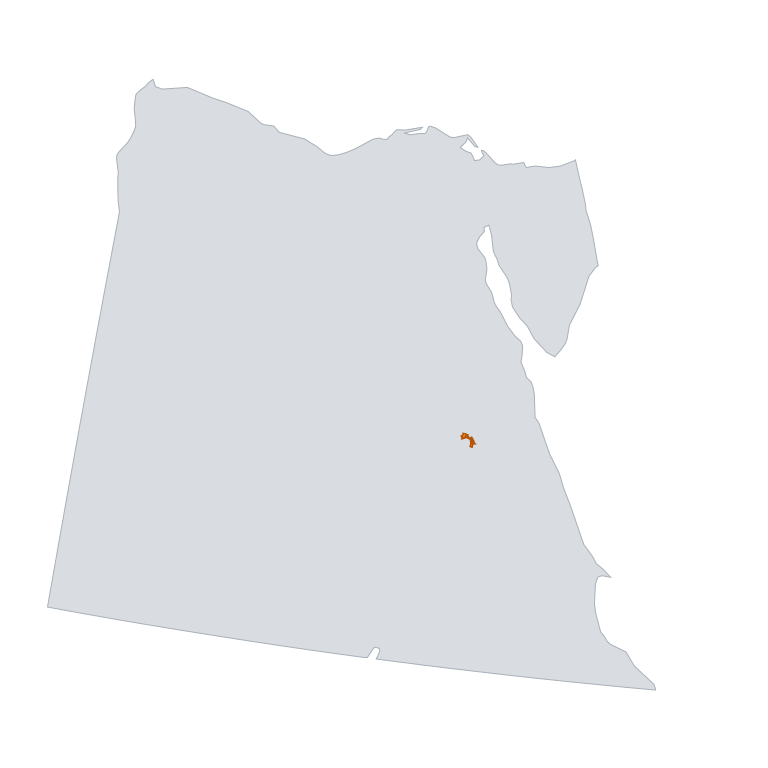 Qina, Qina, Egypt (highlighted), rotated 7°
{"feature_id": "37247803B17837872993253", "entity_name": "Qina", "entity_type": "district", "adm_level": 2, "iso_a3": "EGY", "parent_name": "Egypt", "parent_adm1": "Qina", "projection": "orthographic", "projection_center": [32.69, 26.097], "detail": "fine", "context": "in_parent", "style": "filled", "palette": "amber", "viewbox_px": 768, "rotation_deg": 7, "n_neighbors": 0, "source": "geoboundaries", "source_scale": "gbopen_adm2", "svg_char_len": 6721}
<svg xmlns="http://www.w3.org/2000/svg" viewBox="0 0 768 768"><g transform="rotate(7 384 384)"><path d="M690.8,654.7L673.9,655.2L656.9,655.7L640.0,656.1L623.0,656.5L606.1,656.9L589.1,657.2L572.2,657.5L555.2,657.7L538.3,657.9L521.3,658.0L504.3,658.1L487.4,658.2L470.4,658.2L453.4,658.2L436.5,658.1L419.5,658.0L409.8,657.9L411.5,653.0L412.5,649.5L411.4,647.0L408.1,646.4L406.0,647.1L400.8,657.5L398.2,657.8L392.1,657.8L372.4,657.5L352.6,657.2L332.9,656.8L313.2,656.3L293.4,655.8L273.7,655.2L254.0,654.6L234.3,653.9L214.6,653.2L195.0,652.4L175.3,651.6L155.7,650.7L136.0,649.7L116.4,648.7L96.8,647.6L77.2,646.4L77.8,634.0L78.5,621.5L79.1,609.0L79.8,596.5L80.4,584.0L81.1,571.5L81.8,559.0L82.4,546.5L83.1,534.0L83.8,521.6L84.5,509.1L85.2,496.6L85.9,484.0L86.6,471.5L87.3,459.0L88.1,446.5L88.8,434.0L89.5,421.5L90.3,409.0L91.0,396.5L91.8,384.0L92.5,371.5L93.3,359.0L94.1,346.5L94.8,334.0L95.6,321.5L96.4,309.0L97.2,296.5L98.0,284.0L98.8,271.6L99.6,259.1L100.4,246.6L100.2,244.2L98.0,235.6L96.3,224.7L94.6,211.3L94.6,206.9L91.1,193.0L91.0,189.2L92.3,186.5L100.3,175.4L102.8,170.0L105.1,163.4L106.1,158.0L104.5,149.6L102.6,141.9L102.3,134.2L102.5,126.7L106.5,121.8L111.2,117.3L113.1,114.4L115.9,111.2L117.8,109.8L120.9,116.7L128.2,118.3L152.7,113.6L178.9,121.0L193.5,124.0L216.0,130.1L229.4,139.8L233.1,141.2L243.1,141.4L249.4,147.0L275.4,150.5L289.1,156.9L296.9,161.9L301.6,163.5L305.8,163.4L311.5,161.8L318.8,158.6L326.7,154.1L343.1,142.5L348.9,140.5L352.6,141.1L357.1,141.0L359.1,137.8L361.5,135.7L363.1,133.1L365.6,130.1L374.0,129.4L390.8,124.5L388.9,126.9L373.5,132.5L380.0,133.4L386.8,131.5L394.4,130.3L395.8,127.8L396.9,123.2L398.4,122.5L403.7,123.5L419.3,130.8L423.2,131.0L434.3,127.2L436.7,126.3L440.2,128.5L448.3,137.5L445.5,137.3L436.8,129.6L436.0,133.4L430.9,140.1L437.2,143.1L442.2,144.2L444.9,147.9L446.6,151.3L451.6,149.9L455.3,145.3L453.4,142.8L452.2,140.2L453.8,140.1L457.3,142.3L467.2,150.9L470.6,152.7L474.5,152.4L482.6,150.0L484.8,150.3L495.7,147.1L497.0,149.5L498.8,151.8L507.6,149.2L521.4,149.1L532.6,146.2L545.6,139.2L546.6,138.2L547.3,139.9L548.9,144.5L553.1,156.3L556.7,165.6L561.1,178.4L562.6,183.3L563.2,186.7L569.6,200.8L573.5,212.4L576.4,221.8L580.5,235.5L582.2,240.3L579.6,242.9L574.3,252.0L569.0,280.6L560.9,303.0L560.2,317.0L558.9,322.1L555.0,329.2L550.2,336.2L541.6,332.7L527.4,320.7L519.2,309.1L510.4,301.7L502.1,291.8L499.8,284.7L499.8,280.1L496.2,269.0L493.5,263.7L483.5,251.9L480.6,245.5L478.5,242.7L476.3,238.8L472.7,223.3L468.7,213.6L464.2,216.3L465.0,220.4L461.1,226.1L458.7,232.7L460.5,238.1L468.7,246.3L470.3,249.9L472.2,257.7L471.9,268.2L473.2,271.8L479.4,279.7L481.6,284.4L482.9,288.4L484.9,292.0L491.1,298.9L499.9,311.9L508.3,320.6L514.4,324.8L517.0,329.1L517.6,340.1L517.2,345.3L522.6,355.1L524.6,360.1L529.8,364.1L532.2,368.7L534.5,376.3L538.0,398.6L542.6,404.0L556.9,433.2L569.0,451.6L574.9,465.4L583.9,482.1L601.8,518.9L612.3,530.1L616.6,536.5L624.1,541.2L632.4,548.2L624.6,547.7L622.7,548.1L620.0,549.4L618.8,553.8L618.3,557.3L619.6,576.1L622.0,585.6L629.2,603.5L634.4,608.8L636.9,612.3L640.5,614.8L656.9,620.5L666.7,633.3L688.5,649.2L690.7,653.6L690.8,654.7Z" fill="#d9dde1" stroke="#a8b0b8" stroke-width="1"/><path d="M467.9,428.9L468.5,428.7L468.9,428.7L469.5,428.4L470.4,428.0L470.7,427.8L471.7,427.1L472.0,427.0L472.3,427.0L472.5,427.1L473.0,427.2L473.4,427.4L473.6,427.5L474.1,427.6L474.7,427.8L475.3,428.0L475.6,428.1L475.8,428.3L476.0,428.4L476.4,428.7L476.6,429.0L476.8,429.5L476.9,429.8L477.0,430.8L477.1,431.0L477.2,431.3L477.3,431.7L477.4,431.8L477.4,432.2L477.4,432.9L477.4,433.2L477.3,433.8L477.3,434.1L477.3,434.4L477.2,434.6L477.2,434.9L477.3,435.2L477.2,435.4L477.3,435.4L477.5,435.5L478.0,435.8L478.4,436.0L478.7,436.0L478.8,436.0L478.8,435.9L479.2,435.9L479.2,435.7L479.3,435.4L479.3,435.2L479.3,434.8L479.3,434.5L479.3,434.3L479.3,434.1L479.3,433.9L479.2,433.8L479.2,433.7L479.1,433.4L479.1,433.2L479.1,432.9L479.0,432.7L478.9,432.6L478.7,432.2L478.5,431.9L478.4,431.8L478.4,431.7L478.3,431.3L478.3,431.0L478.3,430.9L478.3,430.6L478.3,430.3L478.3,430.2L478.3,429.8L478.4,429.6L478.4,429.4L478.3,429.2L478.2,429.1L478.2,429.3L478.1,429.2L477.9,429.0L477.9,428.9L477.7,428.7L477.5,428.4L477.5,428.2L477.4,428.0L477.3,427.9L477.2,427.9L477.0,427.7L476.9,427.6L476.7,427.6L476.5,427.4L476.4,427.3L476.2,427.2L475.9,427.1L475.7,427.0L475.4,426.9L475.2,426.8L475.0,426.7L474.9,426.7L474.7,426.5L474.6,426.4L474.4,426.3L474.3,426.2L474.2,426.1L473.9,425.9L473.7,425.9L473.5,425.7L473.4,425.7L473.2,425.6L472.8,425.4L472.5,425.3L472.1,425.3L471.9,425.4L471.8,425.5L471.6,425.7L471.4,425.9L471.3,426.1L471.3,426.4L471.3,426.5L471.2,426.6L471.2,426.8L471.1,427.0L471.0,427.3L470.9,427.4L470.8,427.5L470.5,427.7L470.4,427.8L470.1,428.0L469.9,428.1L469.7,428.2L469.5,428.3L469.4,428.3L469.2,428.4L469.0,428.5L468.9,428.5L468.7,428.6L468.4,428.7L468.2,428.7L468.1,428.8L467.9,428.8L467.9,428.9ZM467.8,428.6L468.0,428.5L468.3,428.4L468.5,428.4L469.0,428.2L469.3,428.1L469.5,428.0L469.6,427.9L469.6,427.7L469.8,427.6L470.0,427.4L470.4,427.2L470.7,427.1L470.8,427.0L470.9,426.8L470.9,426.7L471.0,426.4L471.0,426.2L471.1,425.9L471.2,425.7L471.3,425.4L471.6,425.1L471.8,425.1L472.1,425.0L472.3,425.0L472.6,425.0L472.8,425.1L473.0,425.2L473.1,425.3L473.3,425.3L473.4,424.9L473.5,424.7L473.4,424.5L473.5,424.4L473.6,424.2L473.4,424.1L473.2,424.2L473.0,424.3L472.7,424.4L472.1,424.0L471.8,423.9L471.3,423.6L471.1,423.5L470.9,423.5L470.3,423.4L470.1,423.5L469.6,423.5L469.2,423.4L468.5,423.4L468.6,423.6L468.7,423.8L468.8,424.1L468.7,424.4L468.7,424.6L468.6,424.8L468.6,425.2L468.5,425.4L468.5,425.6L468.2,425.8L467.8,425.9L467.7,426.0L467.4,425.8L467.2,426.0L466.9,426.2L466.9,426.3L467.1,426.5L467.3,426.6L467.5,426.7L467.6,426.8L467.7,427.0L467.9,427.1L468.0,427.0L468.0,427.3L467.8,427.6L467.8,427.9L467.8,428.0L467.8,428.3L467.8,428.6ZM481.7,432.2L481.0,431.5L480.9,431.3L480.6,431.0L480.3,430.7L480.2,430.5L480.0,430.4L480.2,430.1L480.1,429.7L479.9,429.5L479.7,429.2L479.3,428.9L479.2,428.7L479.0,428.3L478.9,428.1L478.9,427.8L478.8,427.7L478.6,427.6L478.4,427.4L478.4,427.2L478.2,427.0L478.1,426.9L477.9,426.9L477.8,426.7L477.7,426.6L477.7,426.4L477.6,426.2L477.4,426.1L477.2,426.3L477.1,426.5L477.3,426.6L477.5,426.8L477.5,427.0L477.4,427.2L477.4,427.4L477.2,427.6L477.3,427.6L477.5,427.7L477.5,427.8L477.7,428.1L477.9,428.4L478.0,428.6L478.2,428.8L478.3,428.9L478.4,429.1L478.5,429.2L478.5,429.3L478.5,429.5L478.6,429.8L478.6,430.0L478.7,430.3L478.7,430.6L478.8,430.7L478.8,430.8L478.9,431.0L478.9,431.5L479.0,431.8L479.0,432.0L479.0,432.3L479.1,432.5L479.2,432.8L479.3,432.9L479.4,433.0L479.4,433.3L479.6,433.2L479.9,432.9L480.1,432.8L480.5,432.5L480.6,432.4L480.9,432.4L481.2,432.3L481.5,432.2L481.7,432.2Z" fill="#f59e0b" stroke="#b45309" stroke-width="1.5"/></g></svg>